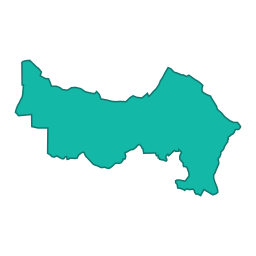 outline of Gombak, Selangor, Malaysia
{"feature_id": "92858781B84445266980229", "entity_name": "Gombak", "entity_type": "district", "adm_level": 2, "iso_a3": "MYS", "parent_name": "Malaysia", "parent_adm1": "Selangor", "projection": "mercator", "projection_center": [101.678, 3.275], "detail": "fine", "context": "isolated", "style": "filled", "palette": "teal", "viewbox_px": 256, "rotation_deg": 0, "n_neighbors": 0, "source": "geoboundaries", "source_scale": "gbopen_adm2", "svg_char_len": 3445}
<svg xmlns="http://www.w3.org/2000/svg" viewBox="0 0 256 256"><path d="M47.6,153.3L49.8,154.5L50.7,155.4L52.1,156.7L54.4,157.1L56.6,155.9L58.1,156.6L59.2,157.3L60.9,158.2L62.5,158.9L63.8,158.7L64.3,158.1L64.8,157.1L66.7,156.6L66.8,157.6L67.1,159.4L68.9,159.1L69.6,158.2L71.4,158.2L73.1,158.3L75.1,158.5L77.2,158.0L78.4,155.3L79.7,154.2L80.9,153.1L82.2,152.6L83.3,152.1L84.2,152.8L84.9,154.5L85.6,156.1L87.7,158.2L92.9,163.8L94.1,164.7L95.5,165.2L97.0,165.6L99.1,166.6L101.0,167.5L102.2,167.6L104.5,167.2L106.7,168.0L108.8,168.4L110.0,167.9L111.1,167.1L112.5,166.0L113.9,164.6L115.1,163.4L117.0,163.2L119.7,163.2L120.9,162.8L122.9,160.5L122.9,159.2L123.8,159.2L125.1,158.9L125.6,156.9L125.7,155.7L125.2,154.4L125.1,152.6L127.1,151.9L128.4,151.1L129.9,150.1L131.5,149.6L133.1,149.5L134.7,148.3L136.1,147.2L137.4,145.5L139.3,144.4L140.4,145.3L141.3,146.4L141.9,147.9L143.0,149.1L143.7,153.3L147.0,153.1L149.6,153.1L151.3,153.1L153.4,153.0L155.5,153.0L156.4,155.7L158.3,155.4L158.1,157.8L159.5,158.3L159.5,159.2L162.1,159.9L163.9,160.1L165.2,160.9L166.4,160.9L166.9,160.1L166.7,159.0L166.2,158.3L165.7,157.5L166.1,156.2L167.1,155.2L167.8,154.3L168.8,155.7L174.3,150.4L175.6,151.4L178.7,151.2L178.9,149.6L180.5,151.2L181.3,152.0L181.4,152.8L180.6,153.9L180.0,155.3L179.8,156.4L179.8,158.2L179.8,159.2L180.5,160.2L181.5,161.3L182.7,162.5L183.3,164.1L183.2,165.6L183.7,166.6L185.5,166.6L186.5,167.2L187.5,168.7L187.9,170.3L188.6,171.8L189.0,174.5L189.1,175.5L188.5,176.7L187.4,178.1L186.5,179.4L185.0,181.1L180.8,180.3L179.2,180.0L177.1,180.0L175.7,180.7L175.6,181.7L175.7,182.8L177.1,184.2L177.7,188.0L180.0,188.3L181.5,188.8L183.6,189.6L184.7,190.4L186.5,188.8L188.5,189.4L190.0,189.7L191.4,189.3L192.8,189.2L194.2,190.3L194.7,192.3L195.7,193.9L196.7,194.2L197.7,194.0L200.7,195.6L203.9,189.5L212.8,194.8L214.2,194.4L216.2,193.6L217.8,192.2L217.6,190.0L217.0,187.5L216.0,184.9L214.8,181.9L213.8,178.9L213.6,176.6L213.8,174.6L215.0,172.8L216.0,170.2L217.4,166.9L218.7,163.9L218.7,161.9L218.1,158.9L219.0,157.7L219.6,157.3L220.3,155.4L220.8,154.2L220.8,152.9L220.9,152.0L221.8,151.1L222.9,150.0L223.5,149.3L224.1,147.8L224.4,146.7L225.2,145.4L226.0,144.1L226.9,142.8L227.7,141.8L227.7,141.0L227.6,140.0L228.4,139.4L228.3,138.7L228.1,137.5L229.0,136.6L230.3,135.7L231.4,134.7L232.8,134.0L233.5,133.3L234.3,132.3L234.7,131.0L235.3,129.6L236.2,129.4L237.4,129.6L238.4,129.4L239.1,129.0L239.8,128.2L240.6,126.8L239.7,125.2L237.5,122.4L233.5,122.4L229.7,120.6L224.8,116.9L221.4,112.8L217.4,109.4L216.4,106.0L213.9,102.0L211.8,98.6L210.5,96.1L206.8,94.6L204.0,93.0L202.2,91.5L201.9,88.7L202.8,85.3L199.7,82.5L196.9,80.6L195.1,79.7L188.9,75.2L186.4,76.5L183.3,74.9L181.5,74.9L179.7,74.1L176.7,72.9L174.3,72.3L173.0,71.1L171.0,68.9L168.1,67.6L165.0,72.9L162.8,77.2L160.4,80.9L159.1,84.3L156.3,88.7L153.6,91.2L150.5,94.9L148.6,96.4L147.4,93.3L144.6,95.8L141.8,98.0L136.5,97.3L133.1,95.8L130.0,97.7L126.0,101.7L119.8,101.4L116.4,101.7L112.0,101.4L107.1,100.1L100.9,98.9L99.3,94.6L96.6,91.5L94.7,93.6L91.9,93.3L85.4,91.8L80.8,88.7L75.5,87.4L71.5,87.7L67.4,90.2L62.5,89.6L60.0,87.7L56.3,86.2L51.3,86.2L50.4,83.1L48.6,78.8L45.1,78.5L40.2,75.7L41.4,72.0L38.6,68.5L36.2,66.7L30.2,60.8L30.2,61.2L28.4,60.4L24.5,61.0L22.9,61.6L21.9,62.4L22.1,85.0L23.5,85.0L22.7,94.5L21.9,97.7L20.5,100.0L19.5,102.4L17.7,105.4L16.2,109.4L15.4,112.3L16.9,113.7L18.5,115.7L31.6,114.5L31.8,126.6L38.2,128.0L47.9,128.0L47.6,153.3Z" fill="#14b8a6" stroke="#0f766e" stroke-width="1.5"/></svg>